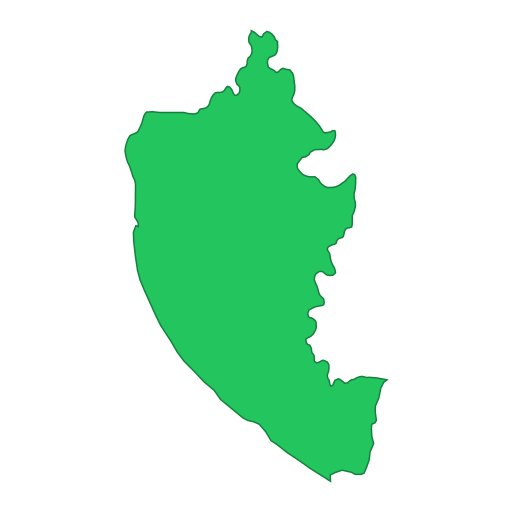 Kamenets, Brest, Belarus (Natural Earth projection), rotated 270°
{"feature_id": "67162791B59963656038120", "entity_name": "Kamenets", "entity_type": "district", "adm_level": 2, "iso_a3": "BLR", "parent_name": "Belarus", "parent_adm1": "Brest", "projection": "natural_earth1", "projection_center": [23.756, 52.4], "detail": "fine", "context": "isolated", "style": "filled", "palette": "green", "viewbox_px": 512, "rotation_deg": 270, "n_neighbors": 0, "source": "geoboundaries", "source_scale": "gbopen_adm2", "svg_char_len": 4725}
<svg xmlns="http://www.w3.org/2000/svg" viewBox="0 0 512 512"><g transform="rotate(270 256 256)"><path d="M337.4,354.5L338.1,352.8L336.3,350.2L333.7,347.7L330.9,345.2L329.3,342.8L326.7,339.3L325.0,335.2L324.7,332.9L324.4,327.7L325.5,324.8L327.6,322.0L329.1,320.4L332.3,318.5L335.2,315.0L335.2,312.8L335.2,309.3L335.9,306.5L337.3,302.9L340.5,299.9L342.8,298.0L344.6,297.3L348.2,297.2L350.2,298.9L351.7,299.9L354.7,302.3L355.0,305.2L357.3,308.9L359.7,310.2L362.2,314.4L362.5,319.0L362.6,321.4L362.2,323.4L362.8,325.9L363.5,327.6L367.3,331.4L370.4,333.6L373.4,334.9L376.3,335.5L379.3,335.4L381.3,334.8L381.4,332.6L380.2,330.8L379.5,327.5L379.2,325.1L379.9,323.3L381.6,322.2L383.9,320.8L385.7,319.7L390.4,315.8L394.8,311.5L397.5,308.4L399.8,305.7L403.8,301.0L405.5,297.6L407.0,295.4L409.1,293.2L411.1,292.1L412.9,291.8L415.2,292.7L417.6,293.8L418.8,294.2L421.6,294.8L426.1,294.8L430.4,294.2L434.6,293.7L436.7,293.4L439.0,292.4L442.2,289.7L442.6,286.5L443.7,282.7L442.5,280.6L440.0,278.2L439.6,276.0L441.4,274.3L442.3,272.7L443.5,270.2L444.9,268.3L448.7,267.5L451.7,267.5L454.6,269.2L455.5,271.7L456.7,274.6L458.7,276.4L460.8,277.1L464.9,277.7L470.6,277.5L472.3,275.3L474.9,274.5L477.9,272.0L479.9,269.2L480.5,266.8L478.3,263.8L475.0,261.9L475.5,259.1L476.7,257.8L478.8,255.5L479.8,254.2L481.3,251.3L480.4,251.4L479.0,251.0L477.9,250.2L476.7,249.5L475.0,248.9L472.8,248.7L469.6,249.0L467.8,250.2L466.6,251.0L465.2,251.6L461.0,252.1L458.1,251.6L455.5,250.0L454.5,248.7L453.2,247.8L450.6,247.2L448.0,247.1L445.5,246.0L444.5,243.9L444.2,242.4L442.9,240.4L440.4,238.8L436.9,237.0L433.4,235.7L430.9,235.8L429.2,236.4L427.6,237.0L426.5,238.6L424.4,239.8L421.4,239.9L418.9,239.1L416.8,236.7L416.6,234.9L417.6,233.8L419.9,232.8L422.2,231.9L425.0,229.6L425.6,227.4L424.5,226.2L421.3,224.2L419.9,222.0L419.5,219.8L419.6,217.3L419.1,215.2L417.2,213.3L414.7,211.6L412.9,210.8L410.0,209.9L407.4,209.1L405.4,207.7L403.9,205.6L403.4,203.0L403.1,201.3L402.8,200.0L401.2,199.0L399.3,198.0L398.1,194.9L398.1,192.8L398.5,188.0L399.5,183.9L399.5,173.7L399.5,168.8L399.5,164.2L399.5,159.9L399.9,155.9L400.3,152.1L400.0,148.8L400.0,146.7L398.7,145.3L395.9,143.8L389.4,142.0L385.3,140.3L380.4,137.9L379.3,136.3L378.2,134.0L377.3,131.6L376.3,129.9L372.8,127.9L369.0,126.6L366.0,125.7L361.1,125.0L357.6,125.6L353.0,126.6L349.6,127.7L346.3,129.4L341.6,131.0L338.9,131.9L335.9,132.8L332.1,134.6L328.3,135.5L322.7,135.5L316.2,135.4L310.4,135.4L303.6,135.2L298.9,134.8L294.8,134.7L293.7,135.6L289.1,138.2L285.4,138.2L286.3,135.9L279.7,133.4L271.0,133.7L256.6,135.3L241.8,137.5L232.0,140.1L222.1,144.2L195.8,156.1L186.7,160.6L171.5,170.5L159.9,177.3L150.9,184.0L138.9,195.9L130.3,203.9L121.6,214.2L112.5,220.6L103.5,231.5L94.0,243.1L91.5,248.0L90.2,253.7L87.8,259.2L80.3,265.7L71.3,271.1L67.5,276.9L58.9,287.9L51.0,299.8L43.6,310.2L37.3,320.2L30.7,330.5L36.9,330.2L39.4,335.0L41.8,342.1L39.7,351.5L37.7,355.1L37.6,361.2L38.9,364.1L45.0,366.7L52.5,369.3L59.9,370.0L68.5,373.7L70.9,373.0L75.6,371.8L83.8,371.4L87.8,371.8L89.1,374.9L91.5,376.4L99.6,375.3L105.7,375.3L113.9,378.8L124.2,380.9L130.0,384.0L131.6,386.3L132.2,387.0L134.0,377.2L134.7,369.3L134.5,366.6L135.6,362.2L135.3,359.7L134.1,356.5L132.5,353.8L132.3,351.6L131.0,349.5L129.2,347.7L128.7,345.0L130.8,342.3L133.0,339.3L133.1,338.0L131.6,334.9L128.7,333.5L126.5,332.8L125.8,331.0L127.4,329.8L129.7,329.6L131.7,329.1L133.3,328.0L135.7,327.4L137.2,327.3L140.0,328.4L143.2,328.9L147.2,328.9L149.9,327.4L151.1,325.1L151.8,322.8L150.1,319.5L149.0,317.0L150.6,314.4L153.0,314.2L155.4,314.2L156.9,313.9L159.0,312.1L161.4,311.5L163.5,311.4L166.9,309.7L167.6,307.6L169.8,306.2L172.7,305.8L174.0,307.2L174.8,309.2L176.0,311.2L178.3,313.5L179.7,314.2L181.7,315.4L184.6,316.3L186.9,316.2L189.9,316.0L191.3,315.3L192.7,313.8L194.0,311.8L194.4,309.7L195.4,308.4L197.2,308.0L199.1,307.8L202.2,309.2L204.8,314.2L205.3,315.7L205.8,318.0L206.4,321.6L207.1,323.6L209.5,324.2L213.2,323.6L215.2,321.3L217.5,319.5L219.0,318.9L221.7,318.2L223.8,317.6L226.0,316.9L228.7,315.6L232.0,314.4L234.2,314.4L237.6,315.4L239.6,317.8L240.7,319.9L240.2,322.9L238.0,325.4L237.0,327.0L236.5,329.6L236.8,332.9L237.8,334.1L239.1,335.5L241.1,335.3L243.8,334.5L246.1,333.3L247.8,332.3L249.9,331.4L253.6,330.4L255.7,330.1L258.2,329.7L260.6,328.3L262.8,327.2L265.0,328.1L266.6,330.8L267.3,332.8L267.7,334.6L269.0,336.3L271.4,336.8L273.4,338.6L274.1,340.6L274.5,342.4L275.7,343.4L280.1,344.4L281.2,344.7L283.1,345.9L283.9,347.3L284.3,349.5L285.0,351.7L287.8,352.2L291.9,352.3L294.0,352.3L296.4,352.3L299.3,353.6L301.4,354.4L305.1,355.3L307.5,355.5L310.3,355.1L312.8,354.4L316.2,354.0L318.9,354.2L322.3,355.0L323.8,355.2L328.2,355.6L330.8,355.6L334.6,355.8L337.3,354.7L337.4,354.5Z" fill="#22c55e" stroke="#15803d" stroke-width="1.5"/></g></svg>